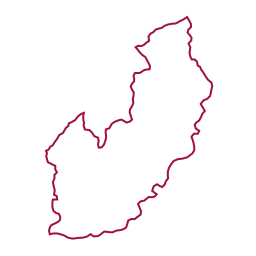 Inhaúma, Minas Gerais, Brazil, rotated 85°
{"feature_id": "56859067B77049971161893", "entity_name": "Inhaúma", "entity_type": "district", "adm_level": 2, "iso_a3": "BRA", "parent_name": "Brazil", "parent_adm1": "Minas Gerais", "projection": "mercator", "projection_center": [-44.417, -19.5], "detail": "fine", "context": "isolated", "style": "outline", "palette": "rose", "viewbox_px": 256, "rotation_deg": 85, "n_neighbors": 0, "source": "geoboundaries", "source_scale": "gbopen_adm2", "svg_char_len": 2702}
<svg xmlns="http://www.w3.org/2000/svg" viewBox="0 0 256 256"><g transform="rotate(85 128 128)"><path d="M109.1,170.7L109.9,173.5L112.0,176.8L115.4,179.8L117.2,183.6L118.2,186.6L120.8,187.3L122.4,189.7L124.9,191.6L127.2,193.1L129.1,197.2L132.7,199.6L135.9,202.5L138.6,204.4L140.0,207.2L142.7,209.1L143.6,211.7L146.2,210.9L148.8,211.9L151.7,211.5L155.1,210.8L157.6,206.7L159.4,203.7L162.8,204.1L166.0,202.7L168.5,205.5L171.7,205.6L175.3,207.5L179.5,207.1L183.6,206.4L188.0,207.5L189.5,205.0L193.0,204.7L192.8,209.1L196.5,209.9L200.4,210.2L204.1,209.5L206.3,207.2L207.5,204.4L210.5,203.2L213.7,203.8L215.4,205.9L216.9,209.6L218.2,213.0L220.4,214.6L223.5,215.6L227.1,215.2L226.5,211.5L227.0,207.1L228.3,203.7L229.6,200.7L232.0,197.4L232.9,194.7L233.4,192.0L233.1,187.3L233.3,182.3L232.5,178.1L230.5,174.5L233.0,171.6L233.1,167.4L231.6,164.7L229.1,160.6L229.8,157.2L230.6,152.9L229.2,148.4L229.0,144.1L228.3,141.0L227.0,138.6L223.4,137.0L220.1,135.8L219.0,132.8L219.4,129.4L217.6,126.7L215.4,123.0L212.1,122.3L209.0,123.2L204.6,124.6L202.2,122.0L201.8,118.2L199.9,115.5L198.5,113.1L199.1,110.3L198.6,107.4L196.5,105.2L194.5,107.5L192.7,109.4L188.3,107.5L186.6,104.0L188.5,101.5L189.8,99.1L187.5,96.3L184.3,94.9L181.6,92.4L179.0,92.5L175.4,92.2L171.3,90.7L167.5,87.9L164.8,85.3L163.4,81.2L163.3,77.1L162.9,74.3L162.2,71.2L160.5,68.6L158.9,66.0L155.9,63.9L152.7,63.7L148.6,64.0L145.3,64.7L142.3,65.5L139.4,62.8L139.8,59.0L137.0,57.3L134.4,60.5L130.6,61.3L128.5,59.5L126.7,56.4L123.3,54.2L120.4,52.7L117.8,50.0L114.5,51.5L110.4,53.5L107.2,50.5L105.7,46.3L103.2,43.4L98.3,41.9L93.4,40.4L89.9,41.0L87.3,43.8L84.1,45.8L79.6,48.0L76.2,50.0L73.5,50.8L72.0,53.0L67.9,53.5L65.6,55.5L65.2,58.6L62.2,59.7L58.6,60.2L55.6,59.5L53.0,58.9L49.1,60.3L46.3,57.3L43.3,56.9L40.6,58.6L38.0,60.3L35.2,59.2L33.0,56.5L29.6,56.3L25.9,57.9L22.6,59.5L24.6,63.1L25.9,66.5L28.0,71.2L28.0,74.9L28.3,78.9L29.5,83.0L31.2,85.6L31.6,88.6L32.4,91.9L34.6,94.2L35.9,97.2L38.5,99.6L43.0,99.4L44.8,102.6L46.6,104.9L47.5,107.6L47.0,110.7L48.2,113.4L50.8,111.5L53.5,109.8L56.3,107.6L59.0,104.4L62.3,103.1L65.6,101.7L68.1,100.7L71.4,101.4L71.4,105.5L72.4,108.2L74.2,111.3L73.9,116.4L76.8,118.0L79.4,117.5L82.1,117.9L84.0,119.9L86.8,121.7L89.9,120.7L93.0,119.2L96.0,119.6L99.8,120.7L103.7,120.5L106.8,122.2L109.4,124.2L112.4,125.0L116.2,124.2L120.0,123.2L121.9,126.0L122.4,129.1L120.7,131.4L119.1,133.6L119.5,136.7L120.8,141.1L122.6,143.9L126.6,146.6L127.5,150.2L130.5,150.7L133.5,150.5L136.4,150.8L138.8,151.8L142.3,153.3L145.0,155.9L145.0,158.8L141.7,159.3L138.5,158.4L135.1,158.7L133.1,162.4L129.8,164.0L126.8,166.5L125.7,171.1L121.8,172.0L118.9,171.3L116.2,171.8L112.5,171.6L109.1,170.7Z" fill="none" stroke="#9f1239" stroke-width="2"/></g></svg>